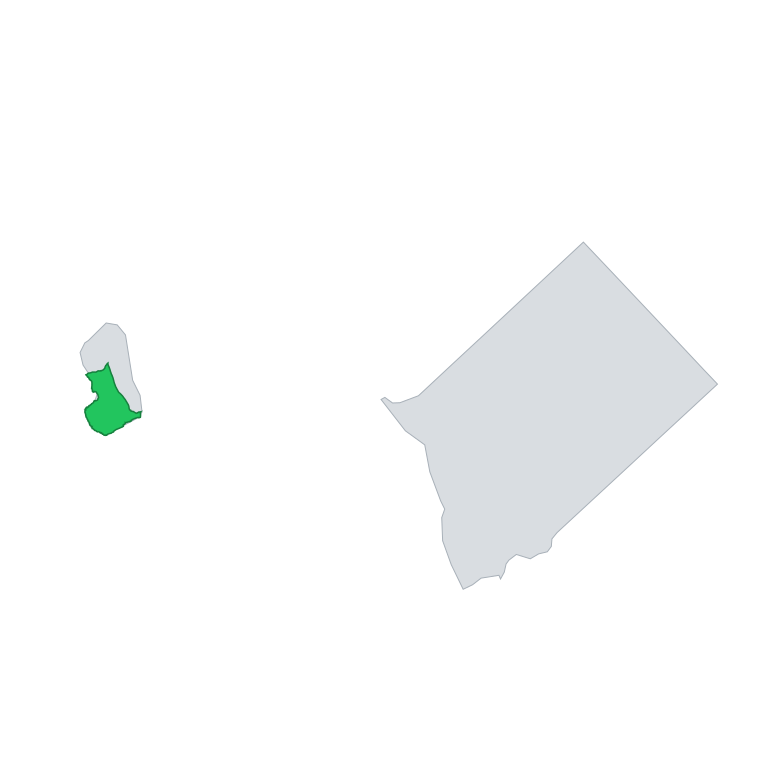 location of Luba, Bioko Sur, Equatorial Guinea, rotated 317°
{"feature_id": "11065452B69220194361963", "entity_name": "Luba", "entity_type": "district", "adm_level": 2, "iso_a3": "GNQ", "parent_name": "Equatorial Guinea", "parent_adm1": "Bioko Sur", "projection": "mercator", "projection_center": [8.565, 3.411], "detail": "fine", "context": "in_parent", "style": "filled", "palette": "green", "viewbox_px": 768, "rotation_deg": 317, "n_neighbors": 0, "source": "geoboundaries", "source_scale": "gbopen_adm2", "svg_char_len": 6150}
<svg xmlns="http://www.w3.org/2000/svg" viewBox="0 0 768 768"><g transform="rotate(317 384 384)"><path d="M626.6,416.2L626.9,454.9L627.1,487.7L627.3,523.1L627.5,560.0L627.6,591.2L627.8,611.5L593.5,611.4L548.1,611.2L502.7,611.1L457.3,610.9L434.5,610.8L409.3,610.7L401.2,611.8L395.6,616.9L389.0,618.1L381.2,613.7L371.8,611.6L369.2,607.1L364.5,598.9L355.2,598.0L350.5,598.9L343.7,603.6L336.2,606.1L337.6,602.3L322.6,592.2L311.8,591.2L301.9,588.1L310.0,561.9L320.0,538.6L335.1,521.1L343.1,516.9L345.7,508.2L357.6,479.5L372.3,456.3L367.7,432.8L371.3,393.3L375.5,394.4L376.2,398.1L377.3,403.7L382.8,408.5L401.2,416.1L455.9,416.1L488.5,416.2L536.8,416.2L587.8,416.2L626.6,416.2ZM193.2,149.9L197.4,150.6L222.4,149.9L229.2,158.8L228.4,171.8L202.7,209.9L197.9,225.9L187.9,239.5L179.3,240.5L149.6,232.6L144.6,227.8L142.8,221.2L145.8,206.1L147.9,201.5L162.1,198.6L166.7,196.1L174.3,179.8L176.8,164.9L183.2,153.7L193.2,149.9Z" fill="#d9dde1" stroke="#a8b0b8" stroke-width="1"/><path d="M172.3,174.0L172.2,174.4L172.3,174.6L172.2,174.7L172.3,175.6L172.2,176.0L172.1,176.3L172.3,176.7L172.0,176.9L172.2,177.2L172.3,177.6L172.3,178.4L172.1,178.5L171.8,179.0L171.8,179.5L172.0,179.6L171.9,179.9L171.7,180.2L171.7,180.5L172.0,180.7L172.0,181.6L172.2,182.0L172.0,182.3L172.0,182.9L171.7,183.4L171.3,183.7L171.0,184.3L170.6,184.6L170.4,184.7L170.1,185.3L169.6,185.5L169.3,186.1L168.3,186.8L168.1,186.9L167.9,187.3L167.7,187.4L167.6,187.8L167.2,187.8L166.9,188.1L167.1,188.6L167.0,188.9L166.9,189.2L166.3,189.7L166.3,190.0L166.2,190.2L165.8,190.4L165.7,190.8L166.2,191.2L166.1,191.3L165.9,191.7L166.4,191.8L166.5,192.1L166.8,192.2L167.0,192.1L167.1,192.3L167.5,192.3L167.7,192.8L168.1,193.5L167.7,195.4L167.6,196.4L166.0,199.2L165.3,199.5L164.6,199.7L163.9,200.2L163.5,200.3L163.2,200.3L162.1,199.9L161.4,199.4L161.4,199.0L161.2,198.9L160.9,199.1L160.6,198.8L160.3,199.0L160.0,198.8L159.6,199.1L159.4,199.1L159.0,199.3L157.7,199.4L157.3,199.2L156.7,199.0L156.3,199.1L156.0,199.3L155.5,199.1L154.9,199.1L154.4,199.2L154.2,198.9L153.8,198.7L153.5,198.6L153.0,199.0L152.7,199.1L152.4,198.9L152.2,198.9L152.1,199.1L151.9,199.0L151.6,198.8L151.4,198.9L151.3,198.7L151.0,198.9L150.9,198.5L150.9,198.3L150.5,198.1L150.2,198.2L149.8,198.2L149.4,198.4L149.1,198.5L148.8,198.5L148.8,198.8L148.9,199.0L148.5,199.1L148.4,199.2L148.2,199.1L148.1,199.5L147.8,199.3L147.6,199.2L147.6,199.6L147.3,199.6L146.9,199.8L146.7,200.0L146.4,200.3L146.3,200.6L146.2,200.6L146.2,200.8L146.0,201.1L145.8,201.1L145.4,202.1L145.2,202.2L145.1,202.9L144.5,203.4L144.4,203.7L144.0,204.2L144.1,204.5L143.5,205.2L143.4,205.7L143.5,205.9L143.4,206.7L142.9,207.3L142.9,207.6L143.0,207.9L142.6,208.5L142.7,208.9L142.4,209.3L142.4,209.5L142.1,209.7L142.1,209.9L142.2,210.1L142.2,210.3L142.2,210.5L142.1,210.8L142.1,211.1L141.8,211.6L141.9,211.8L141.5,211.9L141.2,212.7L141.2,212.9L141.0,213.1L141.1,213.4L141.1,213.6L141.0,213.8L140.8,213.9L140.8,214.1L141.0,214.1L141.1,214.3L141.0,215.8L140.9,215.9L141.1,216.0L140.8,216.1L140.9,216.4L140.7,216.9L140.4,217.3L140.2,217.5L140.7,218.1L140.6,218.4L140.8,218.9L140.8,220.2L140.7,220.4L140.8,220.7L141.0,220.7L141.0,221.0L141.3,221.5L141.6,222.2L141.5,222.5L141.7,223.5L142.0,223.6L142.6,224.2L142.7,224.3L142.9,224.6L143.1,225.4L143.0,225.7L143.7,226.2L143.6,226.6L143.4,226.9L143.5,227.0L143.8,226.9L144.1,227.1L143.9,227.4L143.8,227.8L143.9,228.1L144.1,228.2L144.1,228.4L143.9,228.6L143.9,228.8L144.2,229.1L144.4,229.2L144.4,229.7L144.3,230.1L144.3,230.4L144.4,230.6L144.7,230.8L145.0,231.4L145.4,231.6L145.5,231.8L145.9,232.1L146.1,231.9L146.3,232.2L146.5,232.3L147.1,232.3L147.3,232.5L147.7,232.3L148.0,232.4L148.2,232.5L148.5,232.6L151.1,234.0L151.5,234.0L151.9,234.0L152.7,234.2L152.9,234.4L153.5,234.6L153.9,234.4L154.2,234.3L154.5,234.3L154.7,234.2L155.0,234.3L155.3,234.4L155.8,234.4L156.1,234.4L156.5,234.5L157.9,234.9L158.1,235.0L158.3,235.1L158.5,235.2L162.4,236.6L162.7,236.6L162.9,236.7L163.3,237.0L163.5,237.0L163.8,237.0L164.1,237.1L164.5,237.2L164.8,236.7L165.0,236.6L165.1,236.4L165.2,236.1L165.3,236.1L165.5,236.2L165.9,236.1L166.1,236.2L166.4,236.4L166.6,236.3L166.8,236.4L167.2,236.4L167.6,236.4L168.0,236.3L168.5,236.3L168.6,235.9L168.9,236.3L169.1,236.3L169.3,236.4L171.5,237.5L172.7,238.3L172.9,238.2L173.0,238.4L173.3,238.4L173.4,238.5L173.5,238.5L173.7,238.4L173.7,238.5L174.0,238.6L174.3,238.5L174.4,238.4L174.6,238.3L175.0,238.3L175.3,238.3L175.6,238.4L175.8,238.6L176.0,238.5L176.3,238.6L176.5,238.6L177.1,238.8L177.3,238.9L177.8,239.1L178.2,239.2L178.5,239.4L178.7,239.5L179.4,239.8L179.7,239.9L180.8,240.5L181.0,240.5L181.3,240.7L181.6,241.5L181.8,241.6L182.0,241.5L182.4,241.9L182.6,242.0L183.1,242.2L183.3,242.1L183.9,241.5L184.2,241.3L184.4,241.1L184.6,240.8L184.8,240.7L185.4,240.1L185.5,239.8L185.8,239.6L185.9,239.4L185.9,239.2L186.2,239.0L186.4,239.0L186.4,238.6L186.7,238.5L186.7,238.3L187.0,238.3L185.6,237.4L185.3,237.1L184.7,237.2L184.3,236.9L184.0,236.8L183.5,236.9L183.2,236.5L182.7,236.3L182.6,235.7L182.3,234.8L182.0,233.7L182.1,233.4L181.6,233.0L181.5,232.6L181.1,232.2L180.9,231.8L180.5,231.5L180.5,231.1L180.9,230.5L180.7,230.1L180.4,229.7L180.3,229.4L181.0,227.9L181.7,227.0L182.3,226.0L182.8,224.9L183.0,224.0L183.2,222.9L183.5,221.9L183.7,220.6L184.0,219.5L184.2,218.0L184.3,216.6L184.5,215.3L184.6,214.5L184.6,213.1L184.6,212.1L184.5,210.6L184.3,209.5L184.5,208.1L184.9,206.9L185.1,205.9L185.4,204.8L185.7,203.9L185.9,202.9L186.4,201.9L186.8,200.9L187.2,199.9L187.6,199.0L188.0,198.2L188.5,197.4L189.1,196.3L189.5,195.5L190.1,194.4L190.5,193.3L190.9,192.4L191.2,191.5L191.5,190.5L192.0,189.5L192.4,188.5L193.0,187.3L193.5,186.4L193.8,185.6L194.2,184.8L194.5,184.1L194.8,183.1L195.1,182.4L195.4,181.6L195.8,181.0L196.4,180.4L195.6,180.3L195.2,180.4L194.4,180.7L193.7,180.7L192.9,180.8L191.5,181.4L190.7,182.0L189.6,182.1L188.6,182.2L187.5,182.0L187.1,181.7L186.1,181.5L185.8,181.3L185.7,180.9L185.2,180.8L184.8,180.4L184.5,180.0L184.1,179.7L183.8,179.4L183.0,179.2L182.1,179.1L181.2,178.7L180.6,178.0L179.9,177.4L179.2,176.7L178.7,176.3L177.9,176.1L176.7,175.5L176.1,175.1L175.5,174.6L174.4,174.3L174.0,174.5L173.3,174.3L172.5,174.1L172.3,174.0Z" fill="#22c55e" stroke="#15803d" stroke-width="1.5"/></g></svg>